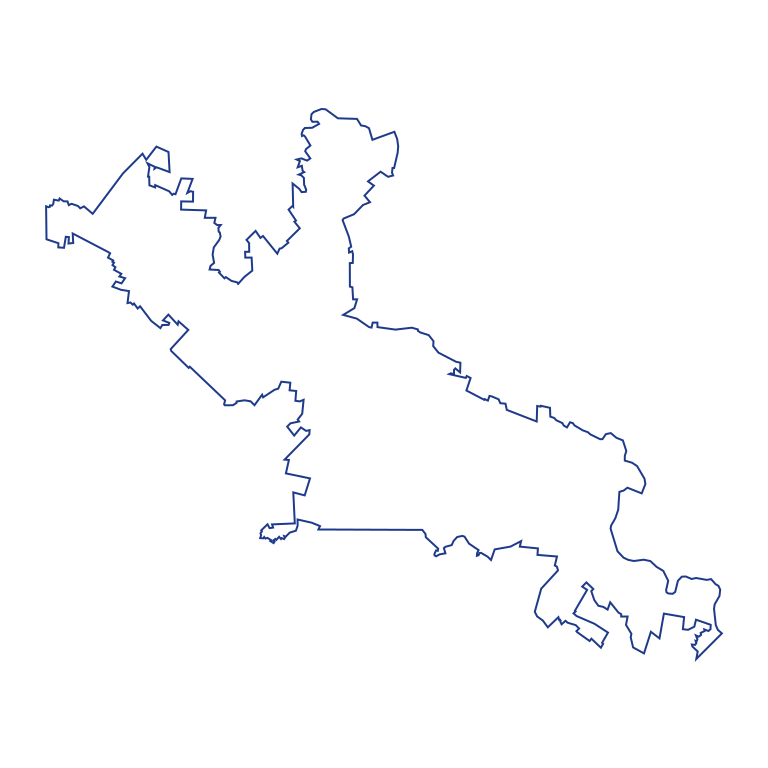 outline of Palenque, Chiapas, Mexico
{"feature_id": "50627088B42287597012066", "entity_name": "Palenque", "entity_type": "district", "adm_level": 2, "iso_a3": "MEX", "parent_name": "Mexico", "parent_adm1": "Chiapas", "projection": "robinson", "projection_center": [-91.787, 17.453], "detail": "fine", "context": "isolated", "style": "outline", "palette": "blue", "viewbox_px": 768, "rotation_deg": 0, "n_neighbors": 0, "source": "geoboundaries", "source_scale": "gbopen_adm2", "svg_char_len": 6089}
<svg xmlns="http://www.w3.org/2000/svg" viewBox="0 0 768 768"><path d="M721.9,633.4L717.9,629.9L715.8,625.1L714.0,608.6L714.7,604.3L719.5,595.9L720.2,589.6L718.4,585.8L715.6,584.2L711.1,579.1L706.8,579.9L696.1,578.0L691.7,579.0L685.8,576.5L681.8,576.7L677.9,580.8L675.2,591.9L672.7,593.8L668.5,593.5L666.6,592.5L666.1,590.1L668.2,580.8L663.3,570.9L656.6,566.9L650.4,561.1L643.8,559.7L633.9,561.0L628.3,559.9L623.6,557.7L617.5,551.3L610.6,528.7L611.1,525.6L615.3,518.3L618.2,509.8L619.4,491.8L623.6,490.6L627.4,487.7L641.7,493.4L645.4,484.0L644.5,478.7L637.1,466.1L632.0,462.7L624.8,460.6L624.8,456.0L626.3,451.0L622.9,440.4L616.4,437.8L610.8,433.1L605.9,434.1L602.5,439.1L600.1,439.2L590.2,434.3L587.9,432.2L582.9,430.4L574.5,425.4L572.8,423.1L570.0,422.3L567.0,427.4L563.8,425.6L562.4,423.1L556.2,420.2L554.3,418.0L550.3,416.6L550.0,407.8L540.8,405.8L540.6,406.6L537.2,406.0L536.7,421.5L506.8,409.9L505.5,403.7L500.3,403.2L498.6,399.3L492.0,396.5L489.5,395.9L487.9,400.6L484.6,399.1L484.2,399.8L466.4,390.5L470.6,378.0L466.7,376.0L465.8,377.9L449.2,374.1L450.8,373.3L454.0,374.2L454.0,369.9L455.3,368.4L460.1,372.4L460.4,362.7L456.1,361.8L438.5,352.7L433.2,346.1L433.5,341.2L428.7,335.1L420.4,332.5L418.0,330.9L417.8,329.4L411.9,327.7L395.4,329.6L377.5,327.1L377.4,322.6L372.7,322.6L371.5,327.6L369.1,327.1L356.8,318.6L343.2,314.9L354.4,308.1L357.1,299.3L353.1,299.3L352.4,287.3L349.9,286.6L349.8,263.1L352.8,262.9L353.0,254.5L352.2,251.2L349.1,252.6L348.8,248.4L351.2,246.7L348.9,236.8L342.6,220.1L343.7,218.5L354.1,214.2L363.0,205.0L370.0,202.2L364.5,195.6L373.9,185.6L368.0,181.4L369.0,180.6L380.6,171.7L388.1,176.8L393.1,175.5L392.0,172.6L392.5,168.0L394.1,168.0L397.6,153.0L398.2,146.5L397.2,139.1L394.4,131.8L372.4,139.8L369.0,128.2L365.1,126.1L361.1,125.5L357.0,118.9L337.9,118.3L325.6,109.3L321.5,109.0L313.9,111.9L311.5,114.2L310.9,119.4L312.4,121.8L317.6,121.7L319.1,123.9L312.1,127.8L304.8,128.0L303.0,130.0L301.6,134.0L302.0,136.0L303.6,135.3L305.0,136.5L310.4,145.5L306.0,149.1L305.2,151.3L310.3,158.4L307.1,160.6L301.3,158.4L296.7,159.5L299.9,161.1L297.7,167.3L301.8,165.8L302.6,170.8L304.2,172.1L298.8,174.6L301.3,175.3L303.9,177.9L304.1,184.6L306.2,189.7L305.8,191.8L301.6,192.1L299.3,188.9L292.6,183.5L293.2,206.6L292.6,205.9L288.6,209.6L296.0,220.6L294.4,221.7L299.8,228.3L286.9,241.0L288.3,242.7L281.5,248.3L279.6,248.6L277.3,253.7L263.0,236.0L260.4,237.9L255.6,230.9L246.5,239.9L249.1,243.1L249.2,251.8L245.1,251.8L245.3,257.6L251.6,257.6L252.3,270.6L244.2,277.1L237.5,284.6L238.2,283.5L237.6,282.5L231.5,280.9L225.8,277.1L224.4,278.3L219.0,272.6L219.9,271.8L218.6,270.0L209.6,269.5L210.5,265.9L214.1,262.9L212.6,254.6L213.8,247.4L219.2,240.0L220.6,236.5L219.8,232.5L218.7,231.7L218.4,227.9L220.7,225.0L217.2,225.1L214.3,222.9L215.5,217.8L204.8,217.8L206.1,210.4L181.1,209.6L181.2,201.4L193.0,201.6L193.1,191.8L190.5,191.2L187.3,193.0L192.6,178.9L181.3,178.4L175.5,194.2L173.7,193.7L172.2,194.9L169.2,191.3L155.2,185.1L155.1,187.4L149.4,185.3L149.2,176.7L148.0,176.7L149.4,167.0L147.5,163.3L154.9,166.9L154.5,168.7L156.6,167.3L169.6,172.1L168.5,152.0L156.4,146.6L146.2,159.8L142.5,153.7L122.9,173.5L92.7,213.8L84.0,206.4L80.2,208.3L78.0,206.0L71.6,203.8L68.8,205.1L67.5,201.4L63.6,201.3L59.6,198.5L58.7,200.6L53.9,199.7L53.3,203.8L52.1,205.6L50.0,205.4L49.9,206.8L48.6,207.2L46.1,206.3L46.5,239.3L58.4,243.2L58.3,247.4L64.0,247.8L65.8,236.8L68.9,237.1L68.5,243.5L73.2,243.0L72.7,233.5L108.5,252.2L110.1,253.3L108.0,257.6L113.2,260.5L112.4,261.8L114.0,262.6L112.5,265.1L115.4,267.2L114.0,269.8L121.3,273.8L119.4,276.5L125.1,278.2L121.5,283.4L115.9,281.5L112.4,286.6L121.0,289.8L129.0,291.1L127.5,303.1L130.5,302.5L132.8,304.7L134.0,303.5L137.7,308.5L140.1,306.3L151.2,320.9L160.4,328.1L162.3,325.0L168.6,324.9L169.3,322.9L163.0,320.4L168.4,314.6L177.7,324.7L178.5,321.3L188.3,329.9L170.7,349.1L171.2,350.9L188.7,367.9L189.8,366.7L225.1,400.3L224.1,404.4L224.9,405.3L233.0,405.2L236.5,402.9L236.6,401.5L244.4,400.3L250.6,401.3L254.5,405.2L262.1,394.7L263.1,397.3L274.5,389.8L278.2,388.7L281.3,381.7L290.3,382.7L289.6,390.3L296.2,391.0L295.4,400.8L299.8,401.4L303.6,399.8L302.2,413.8L297.7,419.5L299.1,421.5L290.5,423.3L287.2,426.6L294.2,435.6L300.9,427.4L306.1,430.9L309.6,430.1L309.3,434.4L284.6,459.6L288.9,460.0L285.9,473.4L310.0,478.4L304.7,495.4L293.3,492.4L294.8,523.4L272.1,524.4L273.1,527.6L269.6,528.1L267.5,524.3L261.2,530.4L261.9,531.4L260.5,533.2L261.1,535.2L260.2,538.1L263.4,538.3L264.2,537.0L265.4,538.5L267.5,537.9L271.4,540.3L270.4,541.1L273.6,543.1L274.6,541.5L273.5,540.4L275.3,538.9L276.4,539.9L279.1,536.8L281.0,539.0L281.7,538.1L284.1,539.1L284.9,537.8L284.2,536.1L285.8,536.6L289.7,532.6L295.9,530.7L297.6,525.8L297.6,519.5L311.7,522.7L320.0,526.1L318.4,529.5L422.3,529.9L425.5,534.0L425.8,537.2L438.2,548.7L437.8,550.8L436.1,550.4L434.4,554.0L434.5,555.3L436.1,556.3L439.6,554.4L445.4,553.3L443.9,548.1L445.4,546.8L451.7,545.1L453.6,540.9L457.2,537.0L462.4,535.9L464.6,536.7L469.0,543.6L478.6,550.1L477.1,553.1L476.9,555.8L478.5,555.3L479.6,553.0L481.1,552.9L487.5,556.6L491.0,560.0L494.7,549.4L510.5,546.6L521.1,541.1L519.8,546.6L537.9,548.4L537.5,554.9L557.0,556.5L554.8,565.5L556.9,566.6L558.0,570.4L541.2,588.7L534.8,611.8L537.1,616.4L542.9,620.6L547.8,627.3L558.4,617.2L559.1,619.9L559.9,619.6L560.7,620.8L560.3,621.7L561.6,624.3L565.5,620.8L567.6,622.7L575.7,625.1L579.1,628.5L576.4,631.2L577.1,632.1L589.6,641.0L591.4,638.7L600.9,647.7L603.1,643.8L602.1,642.8L608.0,632.6L594.5,623.8L576.5,616.0L573.5,613.3L575.6,611.5L574.9,610.8L587.1,589.9L582.2,586.6L586.4,582.4L593.3,589.0L591.3,591.2L594.3,600.1L598.4,605.8L603.3,606.9L607.6,609.6L610.2,602.3L618.4,612.5L621.2,614.2L621.2,616.5L627.6,616.5L626.0,624.9L631.4,633.8L630.7,637.3L633.1,647.4L644.0,653.4L650.9,631.8L659.5,638.4L663.9,613.6L684.1,617.1L682.9,629.2L688.1,629.8L694.3,626.7L696.0,619.7L710.7,624.8L710.5,629.2L708.4,631.0L704.3,629.4L704.7,631.0L700.7,632.9L701.0,635.0L698.7,636.7L695.9,635.4L697.4,639.3L696.6,641.3L695.6,640.9L696.3,643.2L695.0,644.9L691.9,644.5L692.4,646.5L697.7,651.5L696.3,659.0L721.9,633.4Z" fill="none" stroke="#1e3a8a" stroke-width="2"/></svg>